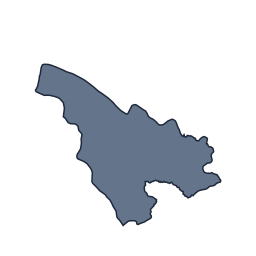 Noumbiel, Noumbiel, Burkina Faso (orthographic projection), rotated 156°
{"feature_id": "67063806B78350075830190", "entity_name": "Noumbiel", "entity_type": "district", "adm_level": 2, "iso_a3": "BFA", "parent_name": "Burkina Faso", "parent_adm1": "Noumbiel", "projection": "orthographic", "projection_center": [-3.048, 9.8], "detail": "fine", "context": "isolated", "style": "filled", "palette": "slate", "viewbox_px": 256, "rotation_deg": 156, "n_neighbors": 0, "source": "geoboundaries", "source_scale": "gbopen_adm2", "svg_char_len": 5541}
<svg xmlns="http://www.w3.org/2000/svg" viewBox="0 0 256 256"><g transform="rotate(156 128 128)"><path d="M172.1,40.9L169.3,41.8L167.8,42.2L167.1,42.3L166.3,42.7L165.0,42.7L164.7,42.7L164.2,42.4L163.5,42.1L163.0,42.1L162.3,41.8L161.9,41.6L160.4,40.9L159.7,40.5L159.3,40.3L159.0,40.0L158.7,39.5L158.5,39.1L158.5,38.6L158.8,37.5L158.9,36.6L158.6,36.1L158.0,35.8L156.5,35.8L152.6,35.6L151.0,35.5L149.3,35.8L144.4,36.3L143.5,36.6L143.0,37.0L142.7,37.6L142.5,38.2L142.5,38.8L142.7,39.6L142.7,40.1L142.5,40.8L141.9,41.4L141.3,41.7L140.9,42.2L140.9,42.6L141.0,43.1L140.9,43.6L140.5,44.5L140.0,44.7L139.1,45.1L138.7,45.2L138.3,45.5L137.8,45.7L136.9,46.0L136.4,46.2L135.8,46.6L135.6,46.8L135.6,47.1L135.3,47.5L135.1,47.4L134.2,47.5L133.7,47.8L133.2,48.3L132.7,48.4L132.4,48.5L132.0,48.9L132.1,49.1L132.1,49.3L132.0,49.6L131.9,49.8L131.7,49.8L131.5,50.1L131.5,50.4L131.2,50.7L131.1,50.9L131.4,51.5L131.6,51.9L132.2,52.5L132.5,53.2L132.7,53.4L133.1,54.3L133.5,54.8L134.1,55.5L134.7,55.9L135.7,56.4L136.9,57.2L137.4,57.8L137.5,58.1L137.6,58.6L137.6,59.0L137.5,59.4L137.4,60.6L137.5,61.0L137.8,61.8L138.4,62.9L138.4,63.4L138.3,64.1L137.8,65.7L137.4,66.9L137.0,67.5L136.3,68.3L136.1,68.4L135.3,68.6L135.1,68.8L135.0,69.8L134.8,70.2L134.2,70.9L134.2,71.4L134.2,72.0L133.8,72.0L133.4,71.8L132.9,71.8L132.6,71.5L132.1,71.4L131.8,71.2L131.4,70.8L131.4,70.4L131.1,69.7L130.9,69.4L130.7,69.2L130.5,69.3L130.2,69.3L130.0,69.1L129.8,68.9L129.4,69.0L129.2,69.2L128.7,69.1L128.4,69.1L127.3,69.3L126.5,68.9L126.3,69.0L126.0,69.1L125.6,69.1L124.6,69.1L124.0,69.0L123.7,68.6L123.6,68.2L122.7,67.8L122.5,67.7L122.2,67.4L122.0,67.1L121.6,67.0L121.6,66.8L121.3,66.6L121.0,66.4L121.4,66.0L121.1,65.9L120.9,65.9L120.9,65.6L120.7,65.3L120.4,65.3L119.9,65.5L119.9,65.2L119.7,65.1L119.3,65.0L119.1,64.8L118.7,64.4L118.5,64.5L118.2,64.4L117.9,64.2L117.7,64.3L117.4,64.5L117.2,64.6L116.9,64.5L116.8,64.1L116.5,63.9L116.4,63.7L116.2,63.5L115.8,63.2L115.3,63.2L114.8,62.6L114.6,62.6L113.8,61.6L113.3,61.4L113.0,61.1L112.9,60.8L112.8,60.7L112.6,60.5L112.4,60.4L112.1,60.5L111.8,60.5L111.0,60.8L110.6,60.7L110.0,60.5L110.0,59.9L110.1,59.6L109.9,59.1L109.8,58.7L109.7,58.1L108.6,56.9L107.4,55.7L107.1,55.4L107.2,55.1L107.3,54.7L107.2,54.1L107.0,53.7L106.7,53.4L106.3,53.3L105.8,52.9L105.6,52.9L105.6,51.8L105.9,51.0L105.8,50.6L105.4,50.2L105.1,49.4L104.8,48.8L104.6,48.5L104.3,48.1L103.7,47.8L103.5,47.6L103.5,47.3L103.5,47.0L103.6,46.9L104.0,46.5L104.1,46.3L104.3,45.4L104.5,45.3L104.5,45.0L104.4,44.8L104.1,44.7L103.7,44.5L103.6,44.2L103.7,43.7L103.7,43.4L103.8,43.1L103.5,42.6L103.1,42.2L102.7,41.9L102.4,41.8L102.1,41.7L102.0,41.4L102.1,41.1L101.9,40.7L101.8,40.0L101.4,39.7L99.3,39.7L99.1,39.8L98.8,39.7L98.4,39.8L97.5,40.7L97.3,40.8L97.0,40.7L96.7,40.5L96.3,40.1L96.1,39.7L95.6,40.0L95.0,40.2L94.5,40.6L92.8,40.9L92.7,41.2L91.1,41.5L88.8,41.9L87.9,41.8L86.0,41.5L82.2,40.6L81.2,40.5L79.7,40.7L78.1,41.2L77.4,41.4L76.7,41.4L76.2,41.3L75.6,41.1L73.3,40.5L72.2,40.5L69.8,41.3L68.2,41.4L66.8,41.3L65.8,41.1L65.5,41.1L65.2,41.5L65.2,41.8L64.9,42.0L64.6,42.6L64.6,43.2L64.9,43.6L65.0,44.0L65.0,44.6L65.1,44.9L65.1,45.6L65.2,46.9L65.4,47.5L65.5,48.3L65.5,48.8L65.9,49.1L66.2,49.6L66.7,50.0L67.1,50.4L67.9,50.9L68.3,51.3L68.9,51.9L69.0,52.3L69.5,53.1L70.3,53.1L70.6,53.2L71.3,53.1L71.7,53.2L72.4,53.7L73.0,54.2L73.4,54.2L74.5,54.7L75.8,56.0L76.2,56.5L76.4,57.3L76.5,58.1L76.4,59.2L76.2,60.3L75.8,61.2L75.4,61.9L74.7,62.5L74.4,62.7L73.7,62.8L69.8,63.6L69.0,63.5L68.2,63.0L67.6,62.9L67.0,62.8L66.4,62.9L64.7,63.7L64.3,64.3L64.0,65.3L63.8,66.7L63.5,68.1L62.8,69.6L62.4,70.1L61.5,70.7L60.9,70.9L59.9,71.2L59.5,71.5L59.1,72.5L58.8,73.9L58.8,74.7L58.9,75.5L59.5,76.3L59.8,76.9L61.2,77.7L61.8,78.4L62.0,78.8L61.9,80.7L62.0,81.5L62.7,81.8L61.9,83.0L60.8,84.4L60.0,85.6L59.9,86.6L60.3,87.2L61.4,88.7L62.0,89.2L62.7,89.4L65.2,89.1L66.8,88.5L67.4,88.3L68.6,87.5L68.8,87.6L69.3,87.9L69.6,88.0L70.1,88.3L70.5,88.7L70.5,89.0L71.0,89.5L71.0,89.9L70.7,90.7L71.0,90.9L70.9,91.2L71.0,91.7L71.2,91.9L71.8,92.1L71.8,92.4L72.3,93.1L72.4,93.4L72.7,93.7L72.8,93.9L73.0,94.2L73.1,94.6L73.6,94.9L74.3,95.6L74.5,95.5L75.2,95.7L75.4,96.0L75.6,96.1L76.0,96.6L76.8,96.9L77.0,97.0L77.3,96.9L77.7,96.5L77.9,96.5L78.2,96.1L79.2,96.5L79.3,96.7L79.5,96.8L79.7,97.0L80.3,97.3L79.7,98.1L79.6,98.6L79.5,98.8L79.5,99.1L80.3,98.5L81.6,98.5L82.3,101.4L81.9,105.8L82.1,108.1L81.8,112.2L81.8,114.9L82.2,115.8L83.5,117.6L84.2,118.1L88.5,118.2L93.0,117.0L94.9,116.8L97.6,117.7L98.7,118.8L100.0,122.7L101.6,125.9L103.3,127.8L104.6,130.1L104.7,134.7L105.3,137.0L106.2,137.8L108.0,140.9L111.1,145.8L112.5,146.7L115.2,146.9L116.5,145.9L122.3,141.2L123.3,141.2L124.7,142.6L127.4,146.7L129.8,152.5L131.4,157.7L134.0,163.6L137.4,169.5L139.2,172.4L139.4,172.4L143.3,180.5L146.7,186.8L148.9,190.4L156.3,199.9L161.2,204.3L163.1,206.6L169.1,213.1L172.3,216.3L175.0,218.5L178.6,220.3L180.5,220.5L182.7,218.5L186.7,212.3L187.7,211.6L189.2,208.9L193.2,203.4L195.4,201.3L197.2,200.1L197.1,198.4L192.4,193.2L191.7,192.3L190.8,191.7L187.0,190.2L182.6,187.0L179.8,184.4L178.5,182.7L176.8,177.7L177.3,175.0L178.1,171.8L182.5,164.6L181.3,162.1L180.5,157.3L178.8,155.3L174.7,153.3L173.7,151.9L173.0,150.0L173.9,146.0L173.7,145.0L172.6,141.6L173.1,140.1L175.2,137.1L176.8,133.0L179.2,129.1L180.4,127.8L185.2,124.5L186.3,122.8L186.7,121.4L186.3,120.1L182.2,115.7L180.4,112.9L179.8,111.9L178.6,106.6L178.4,104.1L178.8,101.6L182.8,93.6L182.7,91.7L180.5,86.1L179.4,82.3L175.7,76.0L175.5,73.8L173.8,69.6L173.4,65.1L173.5,62.8L172.7,57.0L174.2,51.6L174.2,50.2L172.9,46.0L172.3,42.2L172.1,40.9Z" fill="#64748b" stroke="#1e293b" stroke-width="1.5"/></g></svg>